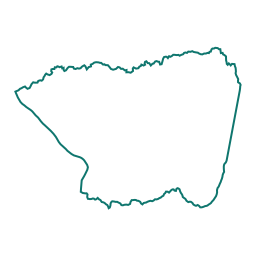 outline of Arapoema, Tocantins, Brazil
{"feature_id": "56859067B18233430453998", "entity_name": "Arapoema", "entity_type": "district", "adm_level": 2, "iso_a3": "BRA", "parent_name": "Brazil", "parent_adm1": "Tocantins", "projection": "equal_earth", "projection_center": [-49.016, -7.729], "detail": "fine", "context": "isolated", "style": "outline", "palette": "teal", "viewbox_px": 256, "rotation_deg": 0, "n_neighbors": 0, "source": "geoboundaries", "source_scale": "gbopen_adm2", "svg_char_len": 3962}
<svg xmlns="http://www.w3.org/2000/svg" viewBox="0 0 256 256"><path d="M80.8,191.8L81.8,192.4L82.8,193.0L85.5,193.4L86.6,193.3L87.5,194.4L87.2,197.0L87.9,198.8L89.9,199.1L91.4,199.0L92.7,198.5L93.8,198.6L95.1,199.6L96.3,199.2L97.7,197.9L99.0,199.3L100.4,200.0L101.7,202.0L103.6,202.4L104.9,203.2L106.0,204.3L107.3,205.0L108.1,206.5L108.7,208.2L109.8,207.5L110.4,205.6L110.6,203.4L111.3,202.1L112.2,201.3L114.0,201.5L115.8,201.9L117.1,201.8L118.2,202.4L119.4,203.0L120.4,203.5L121.4,205.1L122.9,205.3L124.3,204.8L126.2,204.6L128.2,204.9L130.1,203.9L130.5,202.0L131.7,200.1L133.0,200.1L134.5,199.9L135.9,200.0L137.0,200.7L138.4,200.8L140.2,201.8L141.0,203.4L142.4,204.4L143.7,203.0L145.0,202.7L146.2,202.5L147.4,201.8L148.7,201.3L150.4,200.8L152.2,201.2L153.5,200.6L155.0,199.3L156.6,199.4L158.2,198.9L159.5,198.0L160.6,197.7L161.8,196.6L163.4,195.7L164.1,194.0L165.2,193.1L166.0,191.6L167.7,191.7L169.0,192.6L170.3,191.2L171.4,190.0L172.5,189.4L173.6,189.4L174.5,190.6L175.9,190.9L176.4,189.0L177.4,188.2L178.5,188.5L179.6,189.4L180.0,191.0L180.8,192.8L181.7,194.0L182.4,195.3L182.8,197.0L184.1,198.0L185.4,198.9L186.5,200.8L188.3,202.1L189.8,201.7L190.9,201.8L192.4,202.9L193.4,204.5L194.7,205.3L196.0,205.8L197.7,205.0L199.2,206.0L200.2,207.3L201.9,207.3L203.5,206.8L205.1,206.1L206.4,205.9L207.5,205.5L208.6,204.6L209.8,203.9L210.9,203.1L211.9,201.7L213.5,200.0L214.8,198.0L216.0,196.2L216.7,194.3L217.1,192.4L217.0,190.1L217.6,188.0L218.7,186.6L219.3,185.1L219.9,183.6L220.6,182.2L221.2,180.4L221.9,178.7L222.4,176.9L222.7,174.9L223.3,173.3L224.1,171.9L223.9,169.9L223.8,168.1L223.8,166.5L224.0,165.0L224.6,163.7L225.8,162.5L226.6,160.6L239.8,90.4L240.1,88.1L240.2,86.4L240.6,84.9L239.9,83.4L238.1,82.3L238.0,80.6L238.2,79.1L237.3,77.3L236.1,75.0L235.6,73.2L235.9,71.6L235.8,69.7L235.6,67.9L234.9,66.1L234.5,64.1L232.0,63.9L230.7,65.4L229.9,64.4L228.8,63.4L227.7,64.8L226.8,63.9L226.6,62.2L226.1,60.4L226.0,56.4L224.5,55.1L223.1,54.4L222.6,52.9L220.9,53.1L220.6,51.3L220.3,49.2L219.0,49.2L217.7,48.1L215.2,47.8L214.0,48.5L212.5,48.5L211.5,49.4L210.8,51.6L209.5,51.8L208.9,53.1L207.5,52.9L206.0,53.5L204.2,53.5L202.3,54.4L200.6,54.2L199.0,53.5L197.9,52.7L196.0,52.4L194.9,52.2L193.8,52.0L192.3,51.2L190.4,51.8L188.3,51.6L187.0,52.9L185.4,52.5L184.1,52.9L183.2,54.2L181.2,54.9L179.6,55.7L178.5,54.9L176.8,55.1L174.4,54.8L173.2,54.8L171.7,56.1L170.3,56.8L169.1,56.2L167.9,58.1L166.7,56.8L165.5,56.7L164.0,57.1L163.1,58.8L162.5,61.2L161.6,64.2L160.1,64.5L159.2,61.8L158.0,61.7L156.6,61.1L155.2,61.5L153.6,63.6L152.5,63.7L150.8,65.5L149.3,63.2L147.7,63.1L146.4,61.3L145.1,61.8L144.6,63.4L145.1,64.7L143.6,65.5L141.4,64.6L140.9,65.9L139.3,66.7L138.4,68.2L136.1,68.6L133.6,67.4L132.8,68.5L133.0,71.0L130.7,72.7L128.4,72.2L126.4,72.3L126.5,70.0L124.9,70.4L122.7,68.7L121.1,68.9L119.6,67.4L118.0,67.0L116.0,68.9L113.1,69.7L110.9,68.9L109.8,67.4L107.9,65.2L105.4,65.1L104.5,64.3L103.1,64.6L101.2,62.9L100.1,62.9L98.6,62.4L96.1,62.2L94.2,62.6L92.6,63.9L90.8,64.6L91.0,66.4L88.7,67.1L86.8,69.4L85.4,66.3L84.3,65.3L83.0,66.0L81.8,66.8L80.6,68.2L79.0,68.6L77.3,68.2L75.6,69.0L73.9,68.6L73.2,67.0L70.4,66.8L69.0,66.8L67.7,67.9L66.0,70.3L64.4,71.0L63.6,69.8L63.6,67.8L62.2,68.3L61.6,66.5L59.5,67.2L58.5,66.6L57.3,66.3L56.4,67.4L54.8,67.3L54.4,69.0L52.5,69.0L51.4,69.4L51.2,71.2L52.2,72.5L51.5,73.9L49.6,75.1L47.5,74.4L46.2,73.6L45.2,74.7L44.5,76.1L43.6,77.3L43.1,79.4L41.7,80.7L40.2,80.3L38.3,80.9L37.5,82.6L34.9,82.7L33.2,82.3L31.5,84.2L30.5,86.4L29.6,88.0L27.5,88.8L25.8,87.4L25.0,86.5L22.9,87.3L21.5,88.2L20.0,88.8L18.5,90.3L15.4,91.6L16.0,93.2L17.1,95.7L17.8,97.4L20.5,102.0L22.3,103.9L24.4,105.4L26.5,107.2L30.8,110.1L32.3,111.4L35.6,115.3L38.1,117.6L40.8,121.2L42.9,123.6L44.5,125.0L50.8,130.9L53.5,133.8L56.0,137.1L58.8,142.0L60.6,144.3L66.0,149.2L67.4,150.8L71.5,154.0L73.9,155.4L79.8,157.2L81.5,158.0L83.3,159.4L84.3,160.5L87.1,164.8L87.9,167.2L87.3,169.8L85.2,174.1L84.1,176.2L81.7,180.3L81.0,188.7L80.8,191.8Z" fill="none" stroke="#0f766e" stroke-width="2"/></svg>